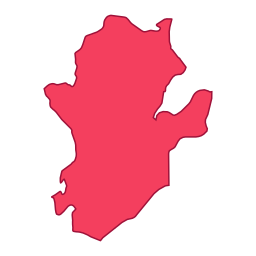 Eastern, Albers equal-area conic projection
{"feature_id": "SLE-790", "entity_name": "Eastern", "entity_type": "Province", "adm_level": 1, "iso_a3": "SLE", "parent_name": "Sierra Leone", "parent_adm1": "", "projection": "albers", "projection_center": [-11.073, 8.208], "detail": "fine", "context": "isolated", "style": "filled", "palette": "rose", "viewbox_px": 256, "rotation_deg": 0, "n_neighbors": 0, "source": "natural_earth", "source_scale": "10m", "svg_char_len": 3626}
<svg xmlns="http://www.w3.org/2000/svg" viewBox="0 0 256 256"><path d="M171.7,19.0L171.8,19.4L169.8,27.1L169.2,31.7L169.4,41.2L169.6,42.5L170.8,46.2L170.8,46.7L170.7,48.1L170.8,48.6L171.2,49.1L172.1,49.7L172.5,50.1L177.8,57.1L179.7,58.5L180.5,59.8L186.0,67.2L185.0,70.0L183.2,72.6L180.8,74.3L177.8,74.5L175.2,75.1L172.7,77.1L170.7,79.9L168.6,83.7L166.7,85.6L165.8,87.2L165.5,88.9L165.5,90.5L165.1,91.5L163.7,91.7L161.9,103.0L160.0,106.1L157.6,108.9L154.7,113.3L153.3,117.6L155.9,119.9L156.9,115.5L159.4,112.8L163.1,111.6L167.4,111.8L169.3,112.6L173.0,115.0L174.3,115.3L176.7,114.4L181.2,111.4L188.9,103.8L190.4,101.8L193.5,95.4L194.8,93.6L196.3,92.2L197.9,91.2L199.9,90.4L203.8,89.9L204.7,89.9L208.2,91.0L209.2,91.6L210.3,91.9L211.8,91.7L211.7,98.5L207.8,114.5L205.5,119.5L205.3,122.4L206.2,126.1L207.3,128.7L206.9,131.1L203.7,134.2L201.2,135.7L198.7,136.5L196.0,136.9L185.6,136.9L183.0,137.3L180.0,138.8L178.1,141.2L175.1,146.8L173.7,148.1L170.4,150.0L169.3,150.9L168.8,152.2L168.6,153.7L168.9,185.3L166.0,185.7L165.0,186.0L158.9,189.4L154.0,193.6L136.7,214.7L135.4,216.4L133.9,217.5L132.2,218.3L127.3,219.4L122.0,222.4L102.8,237.7L100.5,240.6L100.4,240.6L90.9,236.8L87.6,234.9L83.2,233.0L79.8,232.1L78.2,231.9L76.5,231.8L75.0,231.6L73.5,231.3L73.0,230.9L72.8,230.3L72.9,227.4L72.6,224.3L72.6,221.5L72.7,220.7L72.2,214.9L72.4,213.5L72.6,212.5L75.6,209.3L75.8,208.9L73.9,206.3L73.4,205.9L72.9,205.5L72.3,205.2L71.6,205.0L70.9,205.0L70.2,205.1L68.9,205.7L67.9,206.4L63.8,211.3L61.0,213.9L60.4,214.3L59.9,214.6L59.2,214.8L58.5,214.8L57.8,214.6L57.2,214.3L56.6,214.1L56.0,212.5L55.5,209.7L54.9,202.6L54.2,199.6L53.6,197.9L52.2,197.4L51.8,197.1L51.8,196.8L55.4,194.7L59.6,191.7L60.0,191.5L60.5,191.5L60.9,191.9L61.2,192.4L61.7,193.7L62.1,194.2L62.7,194.4L63.3,194.2L63.9,193.9L64.4,193.4L65.1,192.4L65.5,191.1L66.0,188.1L66.3,187.4L66.5,186.8L66.7,186.0L66.5,185.1L64.4,179.5L64.1,179.2L63.7,179.5L63.3,179.8L61.4,182.4L61.0,182.7L60.6,182.8L60.4,182.1L60.3,181.1L60.3,177.9L61.7,171.9L61.9,171.2L62.3,170.7L70.6,164.6L71.1,164.2L72.6,162.4L73.7,161.8L74.1,161.3L74.6,160.9L74.9,160.3L75.4,159.1L76.2,156.3L76.3,154.9L76.3,153.4L75.8,149.9L75.7,145.0L75.2,142.3L72.1,133.5L71.9,132.8L71.8,132.1L71.8,131.5L71.8,131.0L71.9,130.4L71.5,129.5L70.6,128.3L61.8,119.5L56.3,112.3L54.1,110.1L53.5,109.8L50.8,107.2L50.4,106.4L50.1,105.3L49.9,103.3L50.1,101.1L50.0,100.2L49.5,99.2L47.6,97.0L46.5,96.0L45.5,94.2L44.2,88.7L47.0,86.1L49.1,84.6L49.8,84.3L50.7,84.0L52.2,83.7L53.2,83.7L54.0,83.8L56.0,84.5L56.7,84.7L57.4,84.7L58.2,84.7L64.7,83.1L65.4,83.0L66.0,83.2L66.6,83.5L67.5,84.4L68.1,84.7L68.7,84.8L69.4,84.9L70.0,85.1L70.5,85.5L70.9,85.9L71.4,86.3L72.0,86.6L72.7,86.4L73.4,86.0L74.1,84.9L74.9,83.4L76.6,78.3L76.6,77.9L76.6,77.3L76.5,76.7L76.2,76.1L75.5,75.1L75.2,74.5L75.1,73.8L75.4,72.4L76.7,68.4L77.0,67.0L77.0,66.2L76.9,65.5L76.5,64.9L75.9,63.8L75.6,63.1L75.5,62.5L75.6,59.2L75.0,53.6L75.3,53.1L75.6,52.6L76.3,52.1L79.2,50.1L80.3,49.2L81.1,48.2L81.5,47.7L82.8,44.6L85.2,37.2L85.6,36.7L86.0,36.2L87.1,35.6L96.6,32.2L97.8,31.6L101.6,29.1L102.5,28.2L103.2,27.1L103.5,26.5L103.7,25.9L103.8,25.2L104.0,22.7L104.3,21.2L104.8,19.9L106.2,17.8L106.6,17.3L107.2,16.8L107.9,16.3L109.2,15.8L110.1,15.5L111.1,15.4L124.2,17.1L125.4,17.4L126.3,17.8L128.1,19.5L130.5,22.5L131.4,23.4L132.7,24.5L132.8,24.5L141.3,30.5L143.0,31.5L143.8,31.7L144.7,31.8L146.2,31.6L150.1,30.5L150.9,30.4L151.7,30.5L154.6,31.0L156.2,31.2L157.9,31.0L158.7,30.7L159.5,30.1L160.3,28.8L160.3,28.0L159.9,27.4L157.6,26.2L157.0,25.8L156.7,25.4L156.5,25.0L156.6,24.7L156.7,24.4L164.4,19.4L166.7,18.9L171.6,19.0L171.7,19.0Z" fill="#f43f5e" stroke="#9f1239" stroke-width="1.5"/></svg>